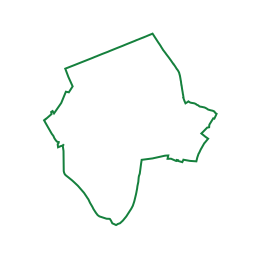 Serrekunda West, Banjul, Gambia (Mercator projection), rotated 282°
{"feature_id": "56634734B71497134195207", "entity_name": "Serrekunda West", "entity_type": "district", "adm_level": 2, "iso_a3": "GMB", "parent_name": "Gambia", "parent_adm1": "Banjul", "projection": "mercator", "projection_center": [-16.697, 13.446], "detail": "fine", "context": "isolated", "style": "outline", "palette": "green", "viewbox_px": 256, "rotation_deg": 282, "n_neighbors": 0, "source": "geoboundaries", "source_scale": "gbopen_adm2", "svg_char_len": 2979}
<svg xmlns="http://www.w3.org/2000/svg" viewBox="0 0 256 256"><g transform="rotate(282 128 128)"><path d="M119.1,45.1L118.1,44.3L115.7,46.4L106.5,54.6L104.8,56.6L102.6,58.2L100.8,60.1L99.8,61.6L99.8,63.2L98.9,63.2L97.5,62.6L94.6,63.6L96.4,66.2L97.3,67.9L98.2,68.3L98.8,68.6L97.0,67.9L92.1,69.7L72.5,74.1L71.0,74.8L69.5,75.9L68.5,77.5L67.3,80.0L65.2,84.1L64.1,86.0L61.2,90.8L60.7,91.5L59.1,93.6L55.4,98.5L51.1,102.9L50.7,103.3L50.1,104.0L46.8,106.5L44.4,108.7L43.4,109.6L41.4,111.2L38.3,114.3L37.8,114.9L36.5,116.4L35.6,118.4L34.8,125.9L35.3,128.8L35.3,129.1L34.0,130.5L31.5,132.5L31.2,134.0L30.6,136.5L30.8,136.8L32.0,138.0L33.2,140.0L36.3,142.2L41.1,144.7L49.8,148.0L53.0,148.9L57.6,149.4L64.6,149.6L66.4,149.6L70.8,149.5L73.0,149.3L76.7,149.3L77.4,149.3L80.5,148.9L82.3,148.7L83.6,148.7L84.1,148.8L85.8,149.0L91.0,148.6L95.9,148.2L96.0,148.2L99.7,148.0L103.4,158.5L103.8,159.3L108.6,169.9L108.9,170.9L109.5,173.1L106.1,173.1L106.9,176.5L105.8,181.8L105.8,182.0L106.9,182.3L106.9,183.1L106.9,183.6L106.2,183.6L106.2,183.8L105.9,188.2L107.0,188.4L107.6,188.7L108.5,188.8L108.5,189.0L108.7,195.4L109.6,201.8L113.5,201.9L117.5,202.4L118.6,202.8L122.5,203.7L122.7,203.8L128.7,205.7L129.2,205.9L129.4,206.1L134.2,208.6L135.5,205.6L137.9,200.9L140.0,202.3L143.8,204.7L144.8,205.3L145.6,207.2L147.9,206.9L148.8,207.1L151.0,207.9L151.3,208.0L155.2,209.4L155.1,210.5L158.4,211.3L160.3,211.7L160.8,210.4L161.3,209.9L161.7,209.3L162.1,209.0L162.1,208.9L162.2,208.5L162.2,208.4L162.5,207.3L162.5,206.6L162.5,205.2L162.7,202.5L163.4,200.9L163.5,200.5L163.8,199.5L163.9,199.0L164.0,198.6L164.0,197.5L164.0,196.9L164.0,196.6L164.0,195.4L163.9,193.9L164.1,193.2L164.8,191.8L165.1,190.2L165.3,189.8L165.6,189.4L165.9,187.9L165.9,187.1L165.8,185.1L165.8,184.2L165.8,183.6L166.6,181.5L166.0,181.1L164.1,179.1L166.2,177.6L169.1,175.8L169.2,176.0L169.8,175.8L171.3,175.2L172.2,174.9L172.7,174.6L173.6,174.3L174.9,173.8L176.1,173.3L177.4,172.8L179.0,172.2L180.4,171.7L180.9,171.5L180.9,171.4L182.5,170.8L183.2,170.6L183.4,170.5L184.3,170.2L185.1,169.9L185.9,169.5L186.2,169.4L186.3,169.4L190.0,167.9L190.3,167.7L190.6,167.6L190.9,167.4L192.9,166.4L193.0,166.3L193.1,166.2L194.2,165.3L194.9,164.6L195.3,164.2L195.6,163.8L195.7,163.7L195.9,163.5L195.9,163.4L197.9,161.5L199.9,159.4L200.0,159.3L199.9,159.2L203.8,155.1L203.9,154.9L204.6,154.2L205.2,153.5L205.4,153.3L208.3,149.9L208.5,149.7L208.9,149.3L209.4,148.7L211.3,146.5L211.4,146.3L212.7,145.1L213.4,144.4L213.5,144.3L213.8,144.0L214.2,143.6L214.6,143.3L216.4,141.5L218.1,139.7L219.5,138.3L222.5,135.3L222.6,135.2L225.3,132.5L225.4,132.4L220.5,125.3L215.4,117.6L215.0,117.1L211.7,112.2L210.9,111.0L208.8,107.9L207.2,105.6L203.9,100.6L199.1,93.5L198.7,93.0L197.4,91.0L195.2,87.6L192.1,83.0L192.0,82.9L190.7,80.9L189.1,78.6L182.0,67.9L178.0,61.9L173.0,54.3L165.5,59.1L157.2,65.2L150.6,62.7L150.6,60.0L150.6,59.7L138.6,57.5L126.9,52.6L128.9,50.7L127.7,49.5L125.7,50.3L118.9,45.2L119.1,45.1Z" fill="none" stroke="#15803d" stroke-width="2"/></g></svg>